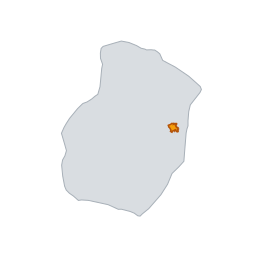 location of Qiloane, Maseru, Lesotho, rotated 153°
{"feature_id": "5366337B33510041242454", "entity_name": "Qiloane", "entity_type": "district", "adm_level": 2, "iso_a3": "LSO", "parent_name": "Lesotho", "parent_adm1": "Maseru", "projection": "albers", "projection_center": [27.645, -29.358], "detail": "fine", "context": "in_parent", "style": "filled", "palette": "amber", "viewbox_px": 256, "rotation_deg": 153, "n_neighbors": 0, "source": "geoboundaries", "source_scale": "gbopen_adm2", "svg_char_len": 3216}
<svg xmlns="http://www.w3.org/2000/svg" viewBox="0 0 256 256"><g transform="rotate(153 128 128)"><path d="M164.0,168.2L157.6,170.2L156.8,170.3L152.7,169.8L147.2,170.3L143.0,171.3L139.6,171.7L134.2,177.5L124.3,193.1L121.7,196.3L120.9,202.5L118.6,207.3L115.8,211.1L113.1,212.0L104.9,210.5L94.5,208.5L88.4,203.8L83.0,197.6L80.1,193.1L77.1,190.6L76.1,189.2L71.8,187.2L70.2,186.1L68.8,185.3L67.1,182.3L66.0,179.7L66.4,172.5L63.4,168.2L58.2,160.8L54.9,154.8L50.4,146.6L47.6,139.5L44.8,132.2L45.1,129.0L47.8,126.9L55.8,123.2L62.0,120.3L66.4,115.1L71.2,107.3L73.6,102.6L75.9,100.4L78.5,97.1L83.0,89.8L88.0,81.7L93.3,73.0L100.1,70.4L109.4,67.5L118.3,59.9L129.0,53.6L146.2,46.7L154.2,45.0L157.2,44.0L159.1,45.3L161.1,49.3L164.0,52.7L170.7,58.6L173.6,60.0L180.5,68.7L187.8,74.7L196.3,81.6L202.1,85.0L205.1,86.0L207.5,92.1L209.9,96.6L211.2,100.8L210.9,104.9L208.0,114.8L204.0,125.0L200.8,129.2L196.9,131.8L193.1,135.8L191.5,143.9L189.7,153.5L184.8,157.5L181.0,160.0L175.7,163.1L164.0,168.2Z" fill="#d9dde1" stroke="#a8b0b8" stroke-width="1"/><path d="M90.8,112.1L90.8,111.9L90.9,111.7L91.0,111.7L91.1,110.7L91.2,110.3L91.1,110.2L91.1,109.9L91.0,109.7L90.9,109.5L90.9,109.4L90.8,109.2L90.8,108.9L90.7,108.7L90.7,108.4L90.7,108.2L90.7,107.9L90.7,107.7L90.7,107.4L90.8,107.3L90.8,107.2L90.7,107.0L90.9,106.8L90.9,106.7L91.0,106.6L91.1,106.4L91.1,106.2L91.2,105.9L91.2,105.7L91.3,105.5L91.3,105.4L91.2,105.3L90.9,105.4L90.7,105.4L90.6,105.2L90.8,105.1L91.0,105.0L91.3,105.1L91.2,104.9L91.2,104.7L90.9,104.7L90.7,104.6L90.6,104.4L90.5,104.5L90.4,104.7L90.3,104.8L90.2,104.8L89.9,104.9L89.7,104.9L89.6,105.0L89.4,105.1L89.2,105.1L88.9,105.0L88.6,104.8L88.4,104.8L88.3,104.7L88.2,104.7L88.1,104.8L87.9,104.8L87.8,104.7L87.7,104.5L87.7,104.4L87.6,104.5L87.5,104.8L87.4,104.7L87.2,104.7L87.2,104.8L86.9,104.9L86.9,105.0L86.7,105.1L86.4,105.0L86.4,104.9L86.3,104.7L86.3,104.2L86.4,103.9L86.4,103.7L86.5,103.5L86.5,103.4L86.4,103.2L86.3,102.8L86.2,102.8L86.2,102.7L85.9,102.4L85.7,102.2L85.4,102.0L85.1,102.1L84.9,102.2L84.8,102.3L84.7,102.4L84.6,102.5L84.6,102.9L84.7,103.1L84.6,103.3L84.5,103.5L84.4,103.8L84.4,104.0L84.2,104.0L83.9,104.0L83.7,104.1L83.8,104.2L83.8,104.3L83.9,104.5L84.0,104.6L83.9,104.8L83.7,104.8L83.6,105.1L83.4,105.3L83.5,105.4L83.5,105.5L83.4,105.5L83.5,105.9L83.7,106.2L83.9,106.2L84.0,106.3L84.1,106.2L84.3,106.2L84.4,106.3L84.4,106.6L84.5,106.9L84.4,106.9L84.4,107.0L84.5,107.1L84.5,107.3L84.5,107.5L84.4,107.6L84.5,107.7L84.6,107.8L84.6,108.0L84.6,108.3L84.4,108.3L84.4,108.5L84.3,108.4L84.2,108.5L84.2,108.8L84.1,109.0L83.9,109.1L83.7,109.1L83.5,109.3L83.4,109.2L83.3,109.3L83.2,109.3L83.1,109.2L83.0,109.3L82.9,109.4L82.9,109.5L82.7,109.7L82.7,109.8L82.9,109.8L83.0,109.8L83.2,110.0L83.3,110.3L83.5,110.4L83.8,110.4L84.0,110.4L84.3,110.5L84.6,110.6L84.8,110.6L85.1,110.7L85.3,110.8L85.4,110.7L85.6,110.7L85.5,110.8L85.5,111.0L85.3,111.1L85.1,111.3L85.4,111.5L85.6,111.5L85.9,111.6L86.0,111.7L86.3,111.8L86.6,111.9L86.8,112.1L87.0,112.2L87.2,111.9L87.3,111.9L87.4,112.0L87.5,112.0L87.8,112.0L88.0,112.0L88.3,112.0L88.5,112.0L88.7,111.9L88.8,111.9L89.0,111.9L89.3,111.9L89.5,111.9L89.6,112.0L89.8,112.1L90.0,112.1L90.3,112.1L90.5,112.1L90.8,112.1Z" fill="#f59e0b" stroke="#b45309" stroke-width="1.5"/></g></svg>